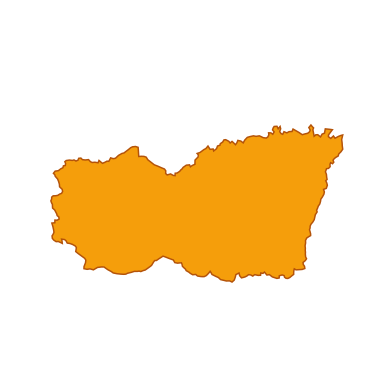 outline of Itararé, São Paulo, Brazil, rotated 114°
{"feature_id": "56859067B6120608130234", "entity_name": "Itararé", "entity_type": "district", "adm_level": 2, "iso_a3": "BRA", "parent_name": "Brazil", "parent_adm1": "São Paulo", "projection": "albers", "projection_center": [-49.315, -24.102], "detail": "fine", "context": "isolated", "style": "filled", "palette": "amber", "viewbox_px": 384, "rotation_deg": 114, "n_neighbors": 0, "source": "geoboundaries", "source_scale": "gbopen_adm2", "svg_char_len": 4579}
<svg xmlns="http://www.w3.org/2000/svg" viewBox="0 0 384 384"><g transform="rotate(114 192 192)"><path d="M291.7,289.6L289.5,290.9L288.1,292.0L287.3,289.2L287.7,287.4L289.4,285.2L288.7,282.6L288.5,279.8L288.8,276.7L289.7,275.1L291.3,274.6L293.7,274.0L294.5,271.0L296.2,263.1L297.4,261.3L300.0,260.5L304.1,260.3L306.0,259.5L305.3,256.4L303.7,253.9L303.2,250.4L299.3,247.6L297.4,244.4L296.3,241.9L297.2,237.4L297.5,233.4L298.0,231.1L297.2,227.4L296.0,223.7L294.9,220.8L293.9,219.0L292.5,217.9L290.2,214.9L287.9,212.3L286.8,209.7L285.8,208.2L285.5,206.4L283.7,204.7L282.3,203.0L279.8,201.5L277.2,200.0L275.5,199.1L271.5,198.6L269.8,198.2L269.0,196.6L266.8,195.3L264.1,193.5L262.4,192.4L262.2,190.2L262.1,188.1L262.0,185.7L261.7,181.4L263.5,179.0L262.9,176.3L261.9,174.6L261.0,172.9L262.3,171.5L263.7,170.6L264.4,168.9L265.1,166.7L266.2,165.3L266.5,162.2L267.0,160.5L267.3,157.7L265.8,155.1L266.5,152.8L265.6,149.3L264.4,146.5L262.5,144.9L259.5,143.8L257.1,143.2L258.0,141.7L259.2,140.2L259.4,136.0L259.4,133.1L260.4,130.3L259.3,124.4L257.9,121.5L258.0,118.8L255.3,117.6L253.5,117.7L251.8,117.9L249.6,118.3L246.9,116.1L249.1,114.4L250.3,111.9L249.1,110.3L247.9,108.9L246.4,107.7L244.5,106.7L243.9,104.7L244.1,102.3L242.0,101.1L241.3,97.7L240.2,95.5L238.0,96.2L237.5,94.1L235.7,93.2L237.4,89.8L236.0,87.7L236.9,84.1L236.6,81.2L236.4,79.3L235.1,77.4L233.0,78.2L231.1,75.9L230.9,73.8L232.2,72.8L232.6,71.0L232.0,69.3L230.4,67.9L228.1,66.8L225.9,65.6L223.9,66.5L222.3,67.0L220.6,67.3L220.8,65.3L219.6,63.0L217.9,59.8L216.0,57.8L214.1,59.0L212.9,60.9L211.2,61.9L208.6,60.6L206.4,60.2L205.1,61.8L202.6,63.2L200.8,63.9L199.3,64.8L197.2,65.6L195.2,66.8L192.3,67.5L190.1,68.6L187.4,68.5L185.2,67.1L183.6,65.9L182.0,66.6L180.2,68.0L178.7,69.3L176.9,69.5L175.1,70.2L173.1,70.2L170.2,69.4L167.5,69.1L165.5,69.5L162.6,70.1L159.3,69.6L157.9,70.8L156.1,70.7L153.6,70.9L151.0,70.4L148.2,70.8L146.2,71.4L143.7,70.9L140.5,70.6L138.1,71.1L136.1,72.9L134.1,70.8L130.8,71.1L129.0,72.5L127.3,74.4L125.6,73.7L123.7,75.0L121.2,76.4L119.3,78.3L116.0,78.6L114.9,76.9L112.7,76.1L110.7,77.2L108.8,77.3L109.0,75.1L107.1,74.6L105.6,76.1L103.6,75.6L101.7,74.6L99.7,73.1L97.5,73.4L94.7,72.3L91.6,71.7L88.7,73.5L86.0,74.9L83.2,76.6L78.6,77.5L79.8,79.0L81.6,80.8L84.7,83.2L83.3,85.6L86.6,87.0L86.0,89.9L84.2,90.5L80.7,89.7L78.0,89.1L78.7,91.6L80.1,95.9L84.4,94.9L86.2,96.7L89.4,97.0L88.5,100.4L89.3,102.1L91.4,103.1L88.1,105.4L86.0,106.9L84.0,107.0L83.4,108.6L82.4,110.6L85.6,111.5L87.3,109.2L89.2,109.1L91.3,110.2L92.8,112.2L94.8,114.6L94.1,118.5L93.8,121.3L93.4,125.3L96.0,125.2L97.4,127.9L99.4,129.4L99.5,132.5L102.4,132.6L102.4,134.5L101.1,136.5L98.2,136.7L96.3,138.2L99.2,139.0L97.4,141.1L98.7,143.6L100.5,143.9L102.5,143.7L103.7,141.4L106.4,141.7L105.9,144.0L106.8,146.1L108.5,145.1L110.8,145.1L112.5,146.1L113.4,149.0L113.3,151.4L113.3,153.3L115.1,156.1L115.7,158.7L117.9,161.7L119.6,163.7L123.0,164.9L126.3,165.2L125.6,168.1L126.2,171.1L128.6,171.0L131.1,171.5L130.1,174.2L129.5,176.0L131.7,177.1L130.7,179.0L130.5,182.5L131.4,184.0L133.9,184.3L136.3,185.8L137.9,185.5L139.6,187.4L142.4,187.2L145.7,188.9L144.1,190.2L145.7,192.8L143.5,196.1L146.7,197.0L148.3,198.3L152.7,200.8L154.7,203.0L155.5,201.3L157.5,200.7L161.6,202.2L165.5,200.6L167.6,202.5L169.6,203.7L168.2,205.3L169.8,208.1L173.1,210.1L175.0,210.5L176.4,211.2L178.2,211.7L180.7,213.3L181.7,215.0L183.9,214.1L184.5,215.9L184.2,218.9L186.5,221.6L185.8,223.6L183.3,224.6L182.2,226.5L182.3,230.5L182.3,233.9L182.5,237.5L180.5,245.5L178.8,248.0L179.0,250.3L179.9,252.6L181.2,255.1L175.1,258.3L173.1,259.4L173.4,262.1L174.9,264.7L176.4,266.0L179.2,267.4L184.1,270.1L185.3,271.7L186.8,272.8L188.4,274.0L192.4,275.7L193.6,277.6L193.9,280.2L195.6,280.3L197.8,280.5L198.4,282.2L200.1,283.5L202.2,285.4L201.7,287.5L201.0,289.8L203.5,289.7L204.3,292.8L205.7,295.3L205.6,297.2L204.5,299.7L206.2,302.6L207.0,305.3L206.2,307.3L207.3,309.2L209.3,309.1L210.9,310.6L210.7,312.8L211.8,314.1L212.7,317.0L214.4,319.7L216.0,320.5L217.3,319.1L219.3,318.5L220.4,320.1L222.4,319.8L224.0,321.2L226.9,322.8L228.6,325.5L231.3,326.2L232.0,324.4L233.3,323.3L234.8,320.1L236.6,318.2L238.7,316.4L241.1,315.1L242.4,311.6L244.2,310.4L246.3,310.6L247.7,312.0L249.7,313.3L250.9,315.1L252.0,317.3L253.8,318.1L255.4,317.4L257.5,317.3L258.9,316.0L260.1,314.5L261.9,313.6L263.4,312.8L264.3,310.1L267.0,306.7L268.4,305.6L269.0,303.5L270.7,302.4L272.6,303.7L273.4,305.8L275.9,304.8L277.4,307.4L280.2,305.0L283.2,302.8L285.0,301.7L287.3,301.7L289.0,302.0L291.2,300.7L292.2,298.6L292.6,295.9L291.6,294.0L291.6,291.5L291.7,289.6Z" fill="#f59e0b" stroke="#b45309" stroke-width="1.5"/></g></svg>